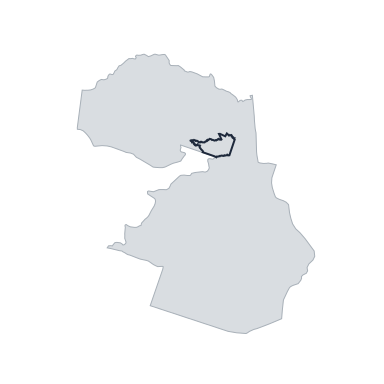 Serenje, Central, Zambia shown in context, rotated 289°
{"feature_id": "96606910B77122166525946", "entity_name": "Serenje", "entity_type": "district", "adm_level": 2, "iso_a3": "ZMB", "parent_name": "Zambia", "parent_adm1": "Central", "projection": "equal_earth", "projection_center": [30.192, -13.189], "detail": "medium", "context": "in_parent", "style": "outline", "palette": "slate", "viewbox_px": 384, "rotation_deg": 289, "n_neighbors": 0, "source": "geoboundaries", "source_scale": "gbopen_adm2", "svg_char_len": 5530}
<svg xmlns="http://www.w3.org/2000/svg" viewBox="0 0 384 384"><g transform="rotate(289 192 192)"><path d="M245.1,262.8L231.4,262.9L226.4,264.3L222.3,266.5L217.5,270.0L214.6,272.4L213.9,273.7L213.5,276.7L213.5,281.2L213.0,284.4L211.5,287.4L204.1,291.0L199.3,294.0L194.6,297.5L191.0,302.0L188.5,307.6L184.5,314.4L176.0,326.7L171.1,329.0L167.0,328.5L162.0,325.9L158.0,325.4L155.1,327.0L152.3,326.5L149.8,324.0L147.7,323.0L146.1,323.7L143.9,323.6L139.9,322.2L136.5,317.8L134.6,316.0L133.2,315.3L129.1,314.6L119.7,313.6L110.0,315.8L101.4,318.0L92.6,308.2L84.0,297.9L82.2,295.2L79.0,291.8L76.7,290.1L75.8,289.2L73.4,280.0L72.0,271.5L70.9,189.5L109.5,189.5L112.0,189.1L112.1,188.3L110.3,183.9L110.4,182.3L110.8,179.3L112.5,173.3L112.5,171.4L111.7,164.9L111.8,161.2L112.1,153.9L111.9,151.4L112.7,148.1L113.0,145.9L113.4,145.0L112.9,142.5L112.1,133.7L111.6,130.0L113.9,130.6L114.7,132.4L115.2,134.4L116.2,134.5L119.0,135.6L119.9,137.3L120.6,140.8L120.2,142.6L119.4,144.0L120.3,145.3L122.1,146.1L123.2,145.9L126.3,143.5L129.1,142.6L130.6,142.0L137.0,140.4L138.2,139.6L139.1,139.6L139.8,140.3L139.2,142.7L139.0,145.0L139.8,149.1L140.5,151.0L141.8,152.5L142.8,153.2L143.8,154.7L146.1,154.4L151.0,156.5L152.5,157.5L154.5,158.5L156.0,158.9L161.0,159.6L166.4,160.8L169.1,160.9L171.1,160.6L172.5,160.0L173.3,159.3L173.7,158.7L175.7,150.8L176.7,150.2L178.0,149.8L178.8,150.5L179.7,155.5L183.5,160.0L184.9,163.8L185.8,167.0L186.7,167.9L188.1,169.0L190.5,169.4L192.6,169.5L202.9,175.0L204.1,176.0L205.4,179.0L206.1,182.3L207.0,184.9L208.3,185.4L209.5,185.6L210.7,187.4L211.6,188.9L214.7,195.4L215.1,198.0L216.6,199.7L218.6,200.4L220.5,200.5L221.5,199.8L224.2,198.4L226.2,196.9L227.7,196.4L228.6,196.7L229.3,197.8L229.8,201.0L231.2,202.1L232.3,201.6L232.7,200.4L232.8,199.7L232.7,165.9L231.8,166.1L230.6,167.1L227.8,167.2L226.8,167.9L226.4,169.0L226.6,170.4L226.7,172.3L226.3,173.2L225.1,173.6L223.4,172.9L220.2,171.9L217.6,171.3L215.7,168.8L213.1,164.9L211.4,163.0L207.4,159.0L206.7,158.2L205.5,156.3L204.4,153.1L203.4,149.5L202.9,147.1L203.8,143.5L206.2,131.8L206.7,128.1L208.7,124.4L208.8,121.1L208.0,116.8L208.2,114.4L208.4,100.9L207.9,96.7L206.6,91.9L203.6,85.3L203.6,83.9L208.1,79.6L209.5,78.0L211.8,74.6L213.4,71.6L214.4,69.2L214.7,66.1L214.0,63.2L215.5,62.6L252.6,55.0L253.1,57.0L254.3,60.4L255.5,62.9L257.1,65.0L258.5,66.3L259.4,66.7L265.1,66.6L267.1,67.9L268.9,69.6L269.4,72.2L270.5,73.8L271.8,75.1L272.4,75.2L273.3,74.9L274.8,74.9L276.2,75.4L276.9,76.0L277.0,78.2L277.4,79.1L279.3,79.5L281.3,79.7L283.2,81.1L285.3,81.4L287.6,82.0L288.7,83.6L291.3,85.2L294.3,86.7L297.7,89.0L297.8,89.8L298.4,91.2L299.0,92.2L299.0,93.7L299.3,95.1L300.2,95.4L300.9,95.5L301.6,94.5L302.5,94.5L303.5,95.2L303.8,96.8L304.6,98.9L305.8,100.4L306.7,101.8L306.4,104.4L305.8,106.7L307.5,109.0L309.7,111.2L310.3,112.2L310.5,115.5L310.8,116.6L312.3,119.3L313.1,121.1L313.0,122.2L308.9,127.6L306.5,128.4L305.4,129.5L304.7,130.7L306.3,136.0L307.1,138.0L306.4,140.6L304.8,144.9L304.1,145.3L303.9,148.6L304.4,149.8L305.2,150.7L305.5,152.9L305.4,158.4L304.4,164.7L306.2,170.2L306.8,170.8L309.3,170.8L309.8,171.3L309.1,172.8L307.4,175.2L304.2,177.1L299.6,179.2L298.6,181.1L298.0,184.0L298.5,185.7L299.1,186.7L298.9,189.2L298.5,191.8L298.6,193.9L298.4,195.7L297.8,196.6L297.0,199.4L296.0,202.2L295.2,203.4L294.0,204.8L292.2,205.9L292.2,206.4L294.3,207.7L294.8,208.6L295.0,209.2L294.1,210.6L295.1,211.5L296.2,212.2L297.3,214.0L298.6,217.5L298.8,217.9L299.1,217.9L299.8,217.6L301.1,216.1L302.0,215.6L303.1,217.6L283.9,226.2L279.4,228.0L272.7,231.0L270.5,232.2L268.7,233.3L250.9,240.0L248.1,241.3L241.8,244.8L241.6,245.3L241.6,246.9L242.2,250.1L243.3,253.0L244.2,254.7L244.8,259.0L245.1,262.8Z" fill="#d9dde1" stroke="#a8b0b8" stroke-width="1"/><path d="M233.1,189.2L233.1,201.8L232.7,203.7L233.7,204.0L233.8,204.9L234.8,206.1L234.8,206.6L235.3,206.7L235.6,207.5L236.1,208.1L236.2,209.2L236.4,209.4L236.3,209.8L236.5,210.3L236.8,210.3L237.3,210.8L237.2,211.1L237.4,211.4L237.4,211.9L238.0,212.6L238.2,213.4L238.6,213.4L238.4,213.9L238.6,214.2L238.5,214.7L238.9,215.4L255.4,215.3L255.5,214.9L256.0,214.1L256.6,214.4L256.5,213.3L257.0,213.4L257.2,213.2L257.2,211.8L257.9,211.7L258.7,210.7L258.7,210.4L258.4,210.1L258.3,210.3L257.9,209.8L257.8,209.4L258.0,208.6L257.5,208.4L258.7,205.9L255.5,205.3L256.1,199.5L255.7,198.6L250.7,203.3L250.9,202.8L250.8,202.5L251.1,202.2L250.9,202.0L250.9,201.3L250.6,201.1L250.8,200.2L250.6,200.2L250.5,199.4L250.0,199.1L249.6,199.1L248.9,197.7L248.6,197.8L248.4,197.0L248.0,196.7L247.9,196.2L248.1,194.6L247.7,194.0L248.2,192.6L248.0,191.9L248.0,191.5L247.4,191.3L246.7,190.1L246.2,190.3L246.0,190.1L246.2,189.6L246.0,189.3L245.7,189.2L245.1,189.6L244.7,189.3L244.2,188.3L243.6,187.9L243.2,187.9L242.8,187.4L242.6,186.3L242.3,185.6L242.6,184.8L242.3,183.8L242.0,183.5L241.6,183.7L241.4,183.4L241.5,183.0L241.4,182.1L241.6,181.4L241.9,181.1L242.1,179.8L241.4,179.1L241.6,178.1L241.9,177.9L241.8,177.5L241.9,176.9L241.4,176.6L241.1,176.1L241.1,175.2L240.5,174.6L240.5,174.2L240.2,173.9L239.9,174.1L240.0,174.9L239.6,175.3L239.6,175.7L239.3,175.8L239.7,176.2L239.6,176.4L239.4,176.2L239.2,176.4L239.4,176.8L239.1,177.1L239.2,177.4L239.1,177.7L238.3,178.0L238.3,178.5L237.9,178.4L237.3,179.5L237.6,179.9L237.5,180.2L237.3,180.2L237.3,180.6L237.5,180.8L237.7,180.6L237.8,180.7L237.7,181.1L238.2,181.4L237.8,181.4L238.4,182.2L238.1,182.9L238.2,183.5L238.5,183.8L238.5,184.1L238.3,184.0L237.5,184.6L236.7,184.7L236.3,185.1L236.0,185.9L235.2,186.8L234.9,187.7L234.3,188.8L233.8,189.3L233.1,189.2Z" fill="none" stroke="#1e293b" stroke-width="2"/></g></svg>